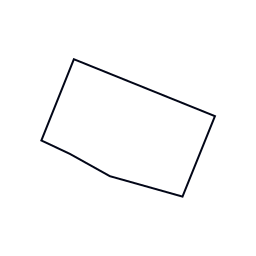 Rupea, Brasov, Romania, rotated 65°
{"feature_id": "2599482B16674200014647", "entity_name": "Rupea", "entity_type": "district", "adm_level": 2, "iso_a3": "ROU", "parent_name": "Romania", "parent_adm1": "Brasov", "projection": "mercator", "projection_center": [25.268, 46.022], "detail": "fine", "context": "isolated", "style": "outline", "palette": "ink", "viewbox_px": 256, "rotation_deg": 65, "n_neighbors": 0, "source": "geoboundaries", "source_scale": "gbopen_adm2", "svg_char_len": 247}
<svg xmlns="http://www.w3.org/2000/svg" viewBox="0 0 256 256"><g transform="rotate(65 128 128)"><path d="M126.8,191.7L164.0,164.8L213.2,107.6L154.0,44.2L42.8,148.0L102.7,211.8L126.8,191.7Z" fill="none" stroke="#020617" stroke-width="2"/></g></svg>